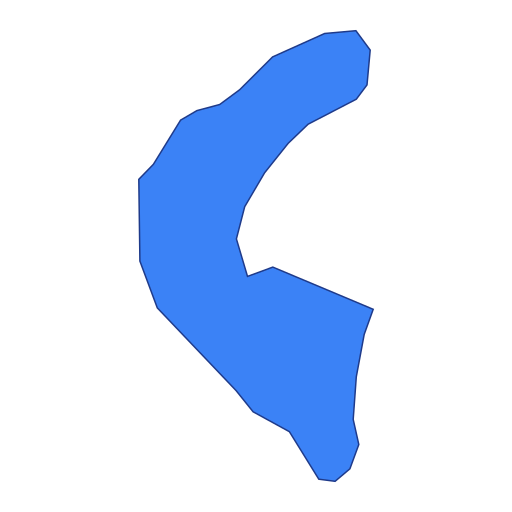 Hauts-de-Seine, orthographic projection
{"feature_id": "FRA-5306", "entity_name": "Hauts-de-Seine", "entity_type": "Metropolitan department", "adm_level": 1, "iso_a3": "FRA", "parent_name": "France", "parent_adm1": "", "projection": "orthographic", "projection_center": [2.26, 48.844], "detail": "fine", "context": "isolated", "style": "filled", "palette": "blue", "viewbox_px": 512, "rotation_deg": 0, "n_neighbors": 0, "source": "natural_earth", "source_scale": "10m", "svg_char_len": 521}
<svg xmlns="http://www.w3.org/2000/svg" viewBox="0 0 512 512"><path d="M288.2,143.3L264.6,172.8L244.7,206.7L236.4,238.9L247.5,276.4L272.8,267.1L373.2,309.3L364.2,334.4L356.3,376.8L353.2,419.4L358.8,444.5L349.9,468.8L335.1,481.3L318.8,479.2L289.4,431.7L253.1,411.8L236.0,390.5L157.3,307.9L139.9,261.1L138.8,179.3L153.4,164.3L180.6,120.1L196.9,110.6L219.7,104.5L239.7,89.7L272.6,56.9L324.6,33.5L355.9,30.7L370.2,50.1L367.0,84.9L356.3,99.2L308.1,124.2L288.2,143.3Z" fill="#3b82f6" stroke="#1e3a8a" stroke-width="1.5"/></svg>